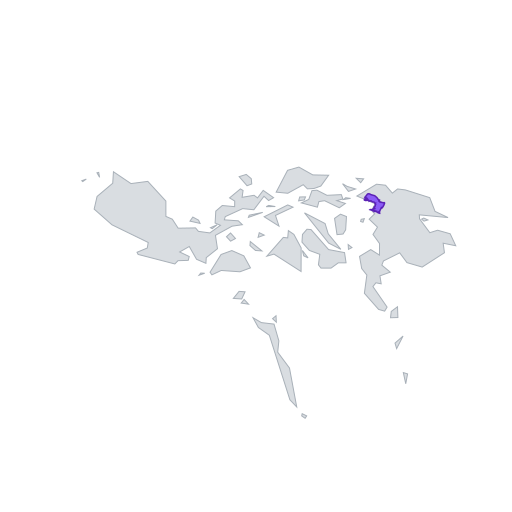 Agusan del Norte, Agusan del Norte, Philippines (highlighted), rotated 295°
{"feature_id": "2640588B29392713909073", "entity_name": "Agusan del Norte", "entity_type": "district", "adm_level": 2, "iso_a3": "PHL", "parent_name": "Philippines", "parent_adm1": "Agusan del Norte", "projection": "orthographic", "projection_center": [125.42, 9.081], "detail": "fine", "context": "in_parent", "style": "filled", "palette": "violet", "viewbox_px": 512, "rotation_deg": 295, "n_neighbors": 0, "source": "geoboundaries", "source_scale": "gbopen_adm2", "svg_char_len": 7084}
<svg xmlns="http://www.w3.org/2000/svg" viewBox="0 0 512 512"><g transform="rotate(295 256 256)"><path d="M242.8,86.8L261.4,95.4L272.1,91.2L268.8,112.1L277.9,126.4L267.7,151.1L253.8,157.6L254.0,164.6L248.3,173.7L255.9,189.3L254.0,193.4L257.4,204.4L268.8,210.8L268.6,205.0L279.7,200.6L287.5,204.1L291.7,215.8L296.8,213.5L297.5,207.5L310.2,213.5L309.9,216.6L303.3,218.6L310.2,228.6L309.3,232.8L318.5,234.8L316.3,247.3L311.6,244.0L313.5,238.0L297.0,234.5L293.3,223.9L278.7,211.5L275.4,212.0L280.4,225.1L278.6,230.4L272.9,221.7L257.6,210.5L246.3,218.0L233.5,211.6L228.2,213.7L227.9,203.5L236.4,191.5L227.4,185.1L227.3,195.7L223.4,196.4L218.8,187.3L214.5,185.8L207.6,148.5L209.1,146.6L217.3,154.1L222.7,152.6L223.4,112.3L230.1,89.5L242.8,86.8ZM353.0,322.1L372.0,334.9L374.9,343.5L370.6,353.0L376.6,356.0L379.0,363.4L382.3,388.8L372.1,399.4L372.0,413.8L362.3,386.6L358.8,388.5L350.6,403.7L356.1,409.7L358.2,422.6L349.7,432.7L346.7,420.2L338.6,425.4L316.2,411.3L313.8,395.6L319.6,384.9L305.4,373.6L300.9,373.9L298.1,384.5L290.4,376.7L283.7,381.2L282.4,376.0L277.7,374.9L265.1,396.4L260.4,395.9L259.4,389.7L268.0,370.0L285.6,364.5L289.3,357.1L299.4,350.0L310.3,357.3L309.0,367.5L319.5,362.7L325.0,352.9L333.5,353.9L337.2,343.0L344.3,345.7L346.1,341.5L353.7,341.9L353.0,322.1ZM296.5,334.8L287.9,340.5L284.6,333.5L276.7,329.1L272.5,320.0L274.4,316.3L284.5,313.1L283.6,302.0L288.0,291.8L295.2,289.0L301.8,290.9L303.2,294.7L292.5,319.1L296.5,334.8ZM347.0,248.4L354.7,257.3L353.5,273.2L359.9,287.7L346.8,285.2L341.6,279.9L338.6,274.2L340.6,268.7L326.3,258.3L322.4,247.3L347.0,248.4ZM260.4,265.9L284.4,272.9L285.8,277.1L292.7,274.6L291.6,281.2L282.4,293.5L261.0,303.4L265.3,271.5L260.4,265.9ZM168.6,333.7L136.4,356.7L140.0,347.5L189.8,301.6L192.2,288.4L198.8,279.4L197.9,289.0L201.9,301.1L188.7,312.6L178.0,316.3L168.6,333.7ZM221.9,221.2L242.6,223.7L250.7,231.8L251.0,244.9L242.9,256.0L234.9,248.1L228.2,230.6L220.3,224.0L221.9,221.2ZM329.6,279.9L338.9,279.1L341.4,283.4L341.0,294.7L347.7,307.4L344.4,310.6L340.3,305.8L341.4,314.8L334.9,311.1L335.1,294.8L331.9,290.0L326.2,291.0L323.3,274.7L329.6,279.9ZM297.9,330.1L298.4,316.4L315.6,281.7L314.6,304.9L306.6,312.1L297.9,330.1ZM330.0,321.3L317.6,326.2L312.7,325.6L309.6,320.4L323.3,311.3L329.6,314.9L330.0,321.3ZM295.0,246.8L315.7,263.2L315.9,268.9L301.0,256.5L292.8,264.2L295.0,246.8ZM324.1,219.0L319.5,221.7L315.9,218.2L320.8,207.2L325.8,212.7L324.1,219.0ZM269.8,405.7L260.2,410.6L256.9,404.0L262.9,402.0L269.8,405.7ZM208.0,253.4L216.8,255.6L218.9,261.2L211.0,261.2L208.0,253.4ZM261.0,221.1L266.1,223.2L263.2,230.0L258.7,226.7L261.0,221.1ZM235.8,418.8L245.6,423.1L231.5,422.6L235.8,418.8ZM358.8,317.9L353.6,312.5L358.1,303.9L357.6,309.1L358.8,317.9ZM266.7,244.7L263.1,259.2L260.8,253.2L262.9,246.1L266.7,244.7ZM212.6,438.8L213.2,443.2L203.5,445.7L212.6,438.8ZM264.6,182.3L264.2,188.8L261.9,191.5L259.7,181.4L264.6,182.3ZM280.6,295.7L276.3,304.0L276.3,299.2L280.6,295.7ZM211.6,263.6L209.2,269.6L207.1,262.5L211.6,263.6ZM330.5,275.9L327.2,276.1L324.0,271.3L328.0,270.7L330.5,275.9ZM278.5,249.1L278.4,254.6L273.8,250.0L278.5,249.1ZM371.4,320.9L366.7,319.9L368.8,314.0L371.4,320.9ZM290.1,232.6L298.4,243.7L287.8,232.8L290.1,232.6ZM210.3,299.4L204.6,302.4L206.2,297.5L210.3,299.4ZM305.3,334.7L304.2,339.4L301.1,337.0L305.3,334.7ZM307.2,246.1L309.0,252.6L305.0,244.4L307.2,246.1ZM132.5,369.5L129.7,369.1L130.4,365.0L132.6,364.5L132.5,369.5ZM335.6,338.4L331.8,338.7L331.5,336.2L333.7,335.8L335.6,338.4ZM361.3,396.5L358.6,393.5L359.4,390.5L361.3,392.0L361.3,396.5ZM217.2,213.1L218.7,216.8L214.5,212.5L217.2,213.1ZM346.7,312.6L348.2,317.4L344.2,311.5L346.7,312.6ZM265.3,78.1L261.2,81.0L264.2,76.7L265.3,78.1ZM267.9,207.6L262.3,204.8L262.4,202.8L267.9,207.6ZM250.6,66.3L254.0,69.7L250.2,67.5L250.6,66.3Z" fill="#d9dde1" stroke="#a8b0b8" stroke-width="1"/><path d="M360.3,333.6L360.2,332.5L360.2,332.3L360.2,332.0L359.8,331.5L359.7,331.2L359.0,330.8L357.1,330.4L356.5,330.2L356.1,330.1L355.8,330.0L355.2,329.9L355.2,330.1L355.1,330.3L355.1,330.5L355.2,330.8L355.3,330.9L355.2,331.0L355.0,331.3L355.0,331.5L354.9,331.5L355.0,331.7L355.1,331.8L355.3,331.8L355.3,332.0L355.2,332.3L355.1,332.5L355.1,332.4L355.0,332.6L354.9,332.7L354.7,332.7L354.7,332.9L354.6,333.0L354.5,332.9L354.4,333.0L354.6,333.1L354.6,333.4L354.5,333.5L354.4,333.5L354.2,333.2L354.3,333.1L354.2,333.0L354.2,332.9L354.1,332.6L353.9,332.2L353.8,331.8L353.8,331.7L353.8,331.4L353.7,331.2L353.5,330.8L353.6,330.7L353.5,330.4L353.4,330.2L352.5,330.6L352.5,330.8L352.5,331.0L352.8,331.2L352.8,331.7L352.8,331.8L352.7,331.9L352.8,332.0L353.0,332.4L353.0,332.6L353.3,332.8L353.4,333.1L353.5,333.3L353.6,333.6L353.7,334.0L353.8,334.2L353.9,334.5L353.9,334.9L354.0,334.9L354.0,335.1L353.9,335.5L354.0,335.7L353.9,335.7L354.0,335.8L354.2,336.1L354.1,336.3L354.3,336.4L354.4,336.5L354.4,336.9L354.6,337.1L354.6,337.3L354.5,337.5L354.4,337.8L354.3,338.0L354.3,338.5L354.4,338.8L354.3,339.1L354.6,339.7L354.6,339.8L354.7,340.0L354.7,340.5L354.6,340.8L354.3,341.2L354.3,341.3L354.1,341.4L354.1,341.5L354.3,341.8L354.4,342.0L354.2,342.0L354.0,341.9L353.9,342.0L353.9,341.9L353.9,342.0L353.6,342.2L353.2,342.4L352.8,342.5L352.7,342.5L351.9,342.9L351.6,342.9L351.3,342.8L351.3,342.7L351.0,342.7L350.8,342.7L350.6,342.7L350.4,342.7L350.2,342.5L350.1,342.4L349.6,342.5L349.4,342.6L349.5,342.7L349.4,342.8L349.5,342.8L349.5,343.0L349.5,342.9L349.4,343.0L349.4,342.9L349.4,343.1L349.2,342.9L349.3,342.9L349.3,342.6L349.2,342.5L348.8,342.5L348.7,342.5L348.4,342.5L348.2,342.5L347.8,342.3L347.8,342.2L347.7,342.2L347.5,341.9L347.4,341.9L347.3,341.6L346.9,341.4L346.9,341.1L346.7,340.9L346.5,340.7L346.4,340.5L346.5,340.3L346.4,339.9L346.2,339.8L346.4,341.4L346.7,341.9L346.8,342.2L346.9,342.6L346.5,342.7L346.4,342.7L346.4,342.8L346.5,342.8L346.7,343.0L346.6,343.3L346.7,343.5L346.8,343.6L346.7,343.6L346.6,343.8L346.5,343.7L346.5,343.8L346.6,344.0L346.4,343.9L346.4,344.0L346.5,344.3L346.3,344.4L346.4,344.5L346.5,344.4L346.6,344.5L346.8,344.7L346.8,344.9L346.8,345.0L346.7,345.0L346.8,345.2L346.9,345.3L347.1,345.2L347.2,345.3L347.1,345.5L347.2,345.4L347.2,345.5L347.3,345.6L347.3,345.8L347.2,345.8L347.3,346.2L347.4,346.3L347.5,346.4L347.5,346.5L347.0,346.5L347.0,347.0L346.9,347.7L346.8,348.0L346.9,349.7L347.0,349.7L347.3,349.4L347.3,349.5L347.4,349.4L347.5,349.4L347.7,349.2L347.7,349.3L347.8,349.2L348.0,349.2L348.2,349.3L348.3,349.4L348.5,349.3L348.9,349.1L352.6,349.2L352.6,349.5L353.1,349.5L353.1,350.0L353.4,350.0L354.2,350.3L354.3,350.3L354.6,350.3L354.8,350.3L355.0,350.3L355.4,350.3L355.6,350.4L357.3,350.3L358.2,350.2L358.2,349.4L358.4,349.4L358.2,349.0L358.0,348.7L357.7,347.0L357.7,346.7L357.7,346.3L357.4,346.3L357.3,345.2L357.7,344.6L357.9,344.5L357.9,344.4L358.0,344.3L357.9,344.2L358.1,344.1L358.1,343.9L358.3,343.9L358.5,343.9L358.7,343.7L358.8,343.8L358.8,343.7L358.7,343.7L358.8,343.7L359.0,343.5L359.0,343.4L359.0,343.2L358.9,343.1L358.9,342.8L358.9,342.7L359.1,342.5L360.0,341.0L360.2,340.3L360.3,340.0L360.8,338.2L360.8,337.9L360.4,335.6L360.4,335.1L360.3,334.8L360.2,334.6L360.2,334.3L360.2,334.0L360.2,333.8L360.3,333.6Z" fill="#8b5cf6" stroke="#5b21b6" stroke-width="1.5"/></g></svg>